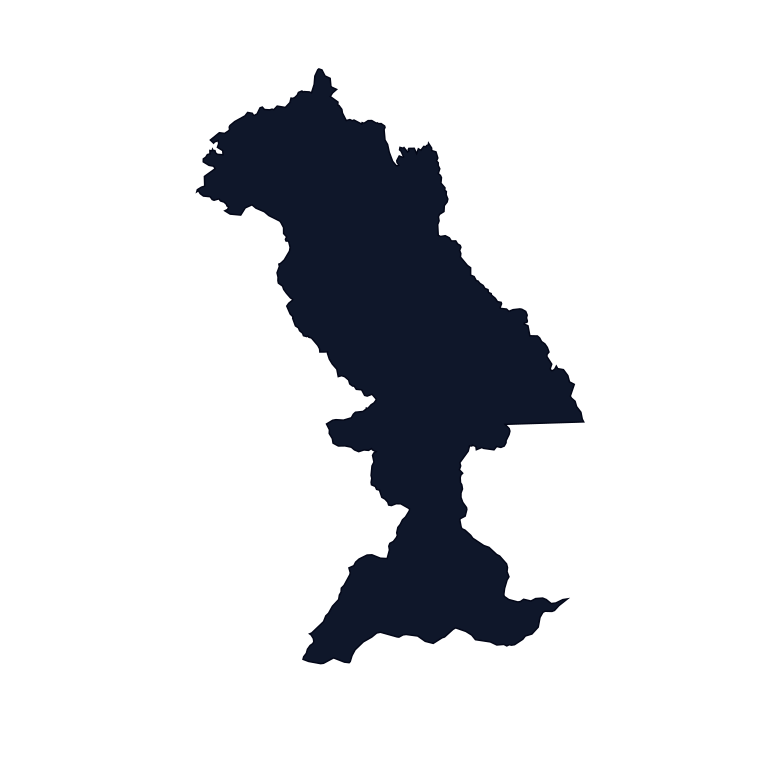 Cocorná, Antioquia, Colombia (Mercator projection), rotated 15°
{"feature_id": "7082276B66928007387737", "entity_name": "Cocorná", "entity_type": "district", "adm_level": 2, "iso_a3": "COL", "parent_name": "Colombia", "parent_adm1": "Antioquia", "projection": "mercator", "projection_center": [-75.166, 5.993], "detail": "fine", "context": "isolated", "style": "filled", "palette": "ink", "viewbox_px": 768, "rotation_deg": 15, "n_neighbors": 0, "source": "geoboundaries", "source_scale": "gbopen_adm2", "svg_char_len": 6167}
<svg xmlns="http://www.w3.org/2000/svg" viewBox="0 0 768 768"><g transform="rotate(15 384 384)"><path d="M153.4,244.6L153.4,246.8L154.7,245.3L157.2,247.7L160.9,249.2L167.6,248.1L170.3,250.3L172.3,250.5L176.6,247.9L178.7,249.5L182.5,249.7L185.5,251.4L186.1,252.6L188.0,253.1L187.8,255.8L185.4,257.9L191.4,259.7L201.9,257.9L204.4,249.8L210.1,245.1L214.8,247.3L223.9,248.6L229.1,251.1L241.2,253.6L242.5,254.6L246.5,258.9L248.1,264.7L251.9,267.1L251.3,269.7L251.9,270.7L252.5,271.3L253.7,270.7L255.2,271.3L258.0,276.4L258.3,280.1L255.5,290.1L252.7,294.5L251.4,295.4L252.5,297.6L251.9,304.3L254.0,308.2L254.8,311.7L255.9,313.9L260.7,315.7L262.6,318.6L266.3,321.6L271.3,325.0L273.8,325.8L273.9,326.8L271.1,330.6L269.9,333.9L275.3,340.7L278.6,342.6L278.8,344.2L283.4,350.8L286.8,351.9L288.7,354.4L292.2,356.0L293.7,358.2L297.2,358.2L298.2,357.3L299.3,358.3L302.0,358.3L310.1,363.9L312.6,366.6L313.8,369.7L321.2,367.6L321.5,369.1L324.8,374.2L329.0,378.2L334.6,381.9L337.9,388.7L340.9,386.9L344.1,387.1L348.8,389.3L350.9,392.8L354.1,394.1L355.8,393.8L358.6,396.3L363.9,395.4L368.2,400.0L370.9,400.0L375.1,397.0L380.2,400.5L380.5,401.6L379.2,404.9L376.9,407.4L375.1,411.0L374.2,412.0L373.2,411.8L373.3,412.7L370.9,415.9L363.7,418.7L362.2,421.1L361.2,425.1L354.2,429.4L346.8,430.9L343.8,432.3L338.8,437.5L343.1,442.3L343.9,446.0L348.2,450.1L350.1,454.3L355.9,455.7L362.2,453.9L368.8,453.5L372.5,455.3L377.1,455.9L381.7,452.9L386.3,452.1L388.6,449.6L389.8,450.6L393.8,451.5L392.0,453.3L391.4,455.9L394.5,462.0L393.6,466.2L395.2,475.7L396.6,478.2L397.0,482.3L398.0,484.6L402.1,485.2L404.1,487.7L407.1,487.7L411.2,494.0L414.7,494.9L418.2,497.1L419.8,499.7L422.6,499.5L426.7,496.5L431.2,495.4L440.9,497.9L441.3,499.8L439.2,506.9L437.0,510.4L436.0,515.5L434.5,518.9L434.8,524.5L436.1,526.8L435.7,529.1L433.8,533.7L430.9,536.4L430.6,539.4L432.2,542.9L432.2,551.8L425.6,553.2L416.6,552.1L411.9,553.6L405.2,559.5L402.7,563.4L401.9,567.3L397.7,570.7L400.2,574.9L400.4,576.9L397.5,588.9L395.6,592.2L396.4,596.1L395.5,599.3L396.0,603.9L391.7,612.0L389.8,619.7L387.8,623.0L387.1,629.2L378.6,643.2L376.8,644.6L378.5,645.2L381.6,648.1L382.9,651.0L382.4,653.2L380.3,655.7L378.7,660.0L378.7,664.2L377.0,668.2L377.0,670.9L383.0,671.5L395.2,670.5L397.9,669.4L406.2,661.6L417.7,662.9L422.5,662.2L423.2,660.8L423.4,654.6L424.9,648.2L430.8,638.4L437.7,631.6L441.4,626.4L444.8,624.7L462.2,624.9L464.0,624.6L467.3,621.4L470.2,620.2L481.8,618.7L490.4,621.9L498.7,621.8L505.8,614.1L508.0,612.7L514.2,603.1L516.3,601.0L527.1,601.8L533.7,603.8L538.5,607.3L553.5,605.6L560.5,606.9L567.2,604.5L570.4,605.2L572.4,603.4L574.7,603.3L577.6,602.0L584.1,594.7L585.8,590.8L591.6,587.2L595.9,578.9L595.1,569.1L596.6,563.4L598.4,561.8L605.1,560.2L607.3,558.6L610.3,552.8L616.8,544.1L612.5,546.0L606.6,551.1L602.3,552.8L596.5,550.2L592.7,549.7L586.0,552.0L582.1,555.6L574.6,555.8L572.1,558.8L569.7,559.9L560.3,559.9L555.1,558.0L554.2,556.2L553.4,550.2L553.6,541.5L554.6,537.9L551.4,533.4L550.8,529.3L548.9,526.0L540.2,520.2L536.9,519.5L527.7,514.6L522.2,514.2L509.7,510.0L506.9,507.7L500.1,504.2L496.7,503.6L495.4,501.9L492.3,495.4L492.7,494.2L496.6,490.6L496.5,483.8L495.7,482.0L490.7,477.9L487.7,473.6L486.6,469.3L487.0,465.1L485.3,461.3L483.4,459.4L481.9,454.8L481.8,452.2L483.1,449.8L479.0,447.3L479.3,443.3L477.6,440.4L482.7,427.1L482.6,421.6L484.9,421.1L485.1,420.1L488.9,420.6L490.2,423.6L494.9,420.0L496.8,420.4L507.3,419.1L509.0,415.2L513.3,415.0L516.2,412.8L517.1,409.2L516.6,407.0L517.9,400.5L517.8,396.9L516.4,394.6L511.4,391.6L586.7,368.9L584.6,366.6L581.5,360.3L575.9,356.0L573.0,351.2L568.7,349.1L567.1,347.5L567.9,335.1L562.6,333.9L559.4,328.3L553.6,323.7L547.8,324.2L545.8,322.1L545.1,325.3L543.8,327.2L542.3,327.7L541.3,327.2L540.6,325.9L540.9,321.4L534.3,315.4L533.8,313.3L535.1,310.4L532.3,306.4L529.0,303.6L525.2,302.2L522.5,299.3L519.8,297.9L512.4,299.7L508.0,290.5L503.8,289.8L503.8,288.7L506.1,287.4L506.2,286.1L504.5,283.2L504.5,280.4L502.1,277.2L497.8,276.1L495.8,276.3L489.4,278.8L485.8,281.5L483.0,279.9L476.9,280.8L476.4,279.8L476.8,276.1L476.0,274.8L472.3,275.1L469.3,272.4L464.9,270.4L464.1,268.9L461.3,268.6L460.0,265.9L456.8,265.6L454.3,263.2L450.4,261.9L448.2,260.2L446.4,260.3L443.2,256.9L439.5,256.4L437.6,249.3L433.9,247.9L425.0,241.6L424.4,238.0L422.5,235.4L422.9,232.0L421.7,230.4L418.8,229.6L416.3,227.2L412.0,228.4L409.3,225.9L404.8,224.9L400.4,226.9L397.9,226.3L394.6,216.1L395.0,212.2L393.3,208.4L393.7,205.8L397.3,201.9L396.1,196.1L397.9,191.8L397.8,188.8L395.1,185.2L394.4,181.9L392.6,181.2L392.1,178.7L387.0,175.2L386.1,169.8L384.5,167.9L381.9,166.7L382.2,161.7L379.8,158.9L379.1,156.2L377.0,154.9L377.5,151.8L374.1,146.3L369.7,146.2L368.9,143.7L364.7,139.9L364.9,141.5L363.4,142.7L363.2,144.0L360.9,144.2L359.1,148.7L356.3,147.9L355.9,153.0L352.2,148.5L347.0,150.0L346.8,151.6L347.8,152.3L346.7,153.8L342.1,150.4L341.5,151.3L338.2,151.3L338.4,153.8L340.2,154.7L344.1,159.5L343.3,160.2L339.7,159.8L338.5,165.0L339.2,166.6L341.7,168.7L340.4,169.9L338.9,169.7L334.7,166.6L329.1,158.8L325.5,151.7L321.8,148.0L318.2,138.1L318.6,135.9L317.8,134.6L313.8,133.2L311.4,133.9L309.8,133.5L309.3,134.1L304.0,132.7L300.5,133.7L297.2,137.3L295.2,137.2L295.2,138.7L286.7,136.8L285.2,137.9L282.6,137.4L279.4,139.3L273.8,133.1L272.2,129.6L268.4,126.6L267.1,126.4L266.6,123.6L257.7,120.2L258.9,116.3L262.0,111.7L256.6,110.8L255.6,110.0L252.9,102.7L247.3,101.7L242.8,96.7L239.5,96.5L238.7,97.6L237.5,104.5L239.0,112.6L238.6,121.5L236.2,121.2L230.9,122.3L230.2,123.2L228.9,122.2L225.9,124.5L225.4,127.5L223.6,130.4L222.0,131.7L220.2,131.9L220.3,136.5L217.1,142.4L208.9,143.2L206.6,147.5L204.7,147.5L202.6,148.8L197.5,149.8L194.8,148.0L192.8,149.3L191.5,156.0L189.4,158.0L188.4,158.2L186.7,156.6L182.0,157.0L180.3,161.0L171.9,169.1L168.3,174.2L168.0,175.9L169.0,178.2L168.3,179.7L165.2,183.2L159.9,183.9L153.1,193.3L157.1,195.5L157.6,194.2L160.8,191.8L162.1,194.7L161.8,198.5L167.8,200.3L169.2,204.2L163.6,205.3L161.5,204.3L160.3,202.3L158.4,202.6L157.6,201.6L157.4,203.4L155.4,203.5L156.3,206.8L154.0,208.1L153.1,211.1L151.2,213.3L151.9,216.2L158.4,218.1L163.1,217.7L165.1,219.8L156.8,230.0L159.6,239.3L156.7,241.1L153.4,244.6Z" fill="#0f172a" stroke="#020617" stroke-width="1.5"/></g></svg>